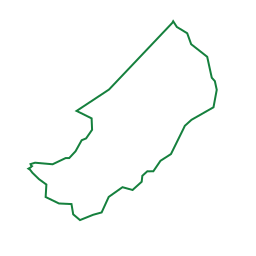 St Remy Estate, Soufrière, Saint Lucia, rotated 48°
{"feature_id": "8701671B98989854041717", "entity_name": "St Remy Estate", "entity_type": "district", "adm_level": 2, "iso_a3": "LCA", "parent_name": "Saint Lucia", "parent_adm1": "Soufrière", "projection": "robinson", "projection_center": [-61.046, 13.818], "detail": "fine", "context": "isolated", "style": "outline", "palette": "green", "viewbox_px": 256, "rotation_deg": 48, "n_neighbors": 0, "source": "geoboundaries", "source_scale": "gbopen_adm2", "svg_char_len": 827}
<svg xmlns="http://www.w3.org/2000/svg" viewBox="0 0 256 256"><g transform="rotate(48 128 128)"><path d="M80.9,154.8L96.5,148.6L105.3,155.9L107.7,166.1L106.1,170.6L110.2,182.6L111.0,191.8L108.6,194.5L104.5,208.3L91.6,220.3L89.6,224.6L89.9,224.7L90.4,224.9L91.2,225.1L91.7,225.0L92.1,224.9L92.1,226.9L91.6,229.2L93.6,228.7L97.3,229.0L106.4,228.4L115.4,226.5L124.2,235.4L137.9,229.8L146.7,220.9L155.5,226.5L160.5,225.8L164.3,225.3L169.2,211.9L173.1,204.1L170.2,197.4L166.3,188.4L168.3,171.7L177.1,166.1L177.1,153.8L173.1,149.3L173.1,142.6L174.5,141.1L177.1,138.1L174.1,125.8L176.1,113.5L165.7,87.4L164.4,84.3L164.4,76.5L164.4,75.3L169.8,50.6L159.0,36.5L151.3,32.1L146.7,32.1L142.8,29.9L128.1,21.5L108.0,25.0L97.2,20.6L85.6,24.1L78.9,23.0L79.5,24.7L86.7,116.4L80.9,154.8Z" fill="none" stroke="#15803d" stroke-width="2"/></g></svg>